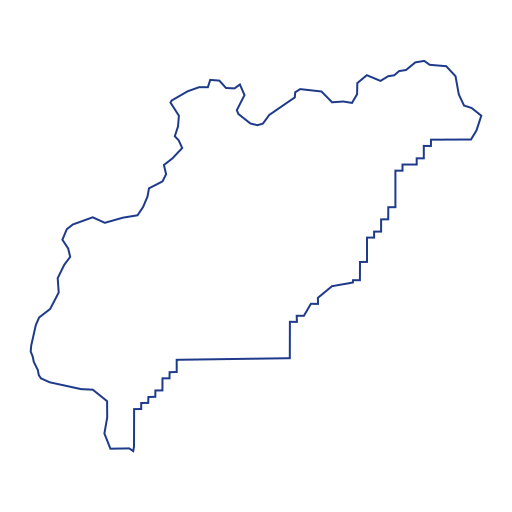 Douglas, Washington, United States of America
{"feature_id": "52423323B13167206159035", "entity_name": "Douglas", "entity_type": "district", "adm_level": 2, "iso_a3": "USA", "parent_name": "United States of America", "parent_adm1": "Washington", "projection": "natural_earth1", "projection_center": [-119.676, 47.685], "detail": "fine", "context": "isolated", "style": "outline", "palette": "blue", "viewbox_px": 512, "rotation_deg": 0, "n_neighbors": 0, "source": "geoboundaries", "source_scale": "gbopen_adm2", "svg_char_len": 1662}
<svg xmlns="http://www.w3.org/2000/svg" viewBox="0 0 512 512"><path d="M133.2,451.1L134.0,446.7L134.1,409.1L141.2,409.0L141.2,403.0L148.2,402.9L148.4,397.0L155.3,396.8L155.4,390.5L162.4,390.4L162.5,378.3L169.5,378.3L169.6,372.2L176.7,372.0L176.7,359.8L289.8,358.2L289.9,321.8L296.9,321.9L296.7,315.8L303.9,315.8L310.9,303.8L318.0,303.9L317.9,297.8L332.0,286.2L352.9,282.5L353.0,280.2L359.9,280.2L360.0,262.0L367.0,261.9L367.0,237.6L374.1,237.6L374.1,231.6L381.1,231.6L381.1,219.4L388.2,219.3L388.3,207.2L395.4,207.2L395.4,170.7L402.5,170.7L402.5,164.5L416.7,164.5L416.7,158.3L423.8,158.3L423.8,145.9L430.9,146.0L431.0,139.7L471.0,139.5L476.5,130.4L481.3,115.7L471.6,108.0L464.0,105.5L458.8,94.4L455.5,76.2L446.2,66.2L429.7,64.8L424.2,60.9L415.3,62.4L406.0,70.0L399.1,71.1L394.2,75.3L388.2,76.2L380.5,80.9L366.8,75.2L357.3,83.1L357.1,94.2L352.0,102.9L343.2,101.5L332.1,102.3L321.5,91.5L300.2,89.1L295.2,92.3L294.8,97.4L269.3,114.9L262.9,123.6L257.4,125.2L250.4,123.5L238.5,114.1L236.8,110.2L244.5,95.1L239.9,84.5L234.5,88.4L226.0,88.0L219.3,80.6L210.2,79.9L207.9,87.2L199.1,87.2L187.6,91.3L171.7,100.5L170.5,102.6L178.9,115.7L178.0,126.5L174.8,136.3L178.6,140.2L182.2,148.0L172.4,158.4L163.9,165.0L166.1,174.2L162.5,181.4L149.0,188.3L147.5,196.5L143.1,207.0L137.5,215.3L123.3,217.6L104.8,222.8L92.7,217.3L72.8,224.5L66.8,229.2L62.4,239.7L68.2,248.6L70.2,256.9L64.3,264.7L57.7,278.1L58.7,292.5L50.2,308.9L39.1,317.5L35.8,325.1L31.2,345.6L30.7,351.6L32.7,356.5L33.8,361.9L37.8,370.0L38.8,375.2L41.0,378.4L49.7,382.3L80.9,389.1L92.8,389.7L107.1,401.2L107.2,417.4L104.4,433.5L110.4,448.7L129.2,448.4L133.2,451.1Z" fill="none" stroke="#1e3a8a" stroke-width="2"/></svg>